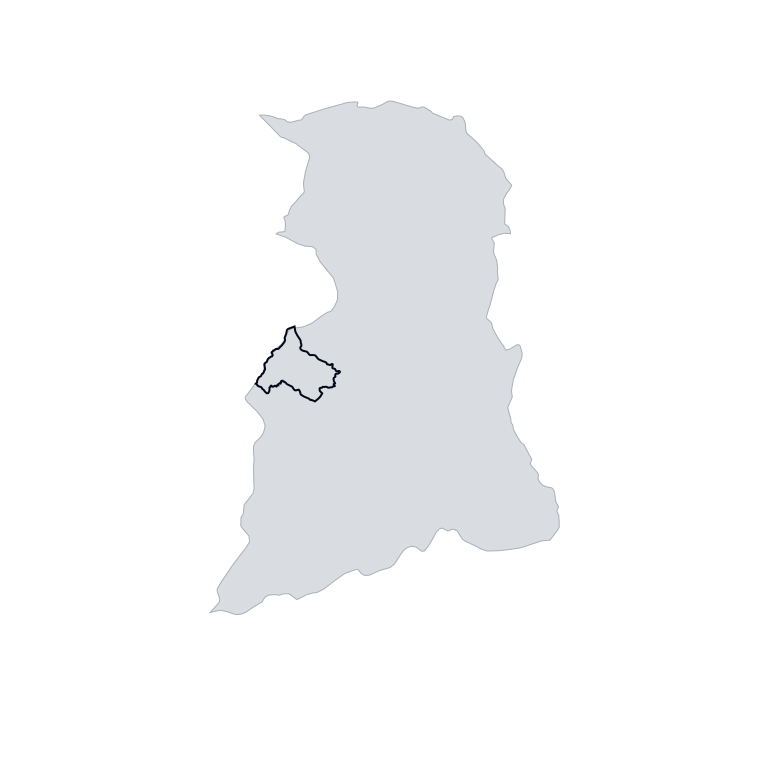 location of Basse-Kotto within Central African Republic, rotated 112°
{"feature_id": "CAF-794", "entity_name": "Basse-Kotto", "entity_type": "Prefecture", "adm_level": 1, "iso_a3": "CAF", "parent_name": "Central African Republic", "parent_adm1": "", "projection": "natural_earth1", "projection_center": [21.411, 4.979], "detail": "fine", "context": "in_parent", "style": "outline", "palette": "ink", "viewbox_px": 768, "rotation_deg": 112, "n_neighbors": 0, "source": "natural_earth", "source_scale": "10m", "svg_char_len": 7488}
<svg xmlns="http://www.w3.org/2000/svg" viewBox="0 0 768 768"><g transform="rotate(112 384 384)"><path d="M517.5,282.1L523.7,284.0L524.9,286.2L523.1,293.5L524.3,298.1L527.9,301.9L531.5,303.6L534.9,304.5L546.9,306.9L551.9,309.6L558.5,318.1L566.7,325.9L568.7,330.0L568.4,333.8L565.9,338.3L566.3,340.2L570.1,344.7L574.5,349.4L582.4,354.6L596.2,362.7L602.5,368.1L604.7,372.2L608.2,376.7L613.1,380.8L616.5,384.0L614.2,392.9L614.9,395.8L616.1,398.4L619.0,401.9L620.2,406.4L623.0,412.0L626.4,414.6L632.1,415.5L635.1,418.1L641.3,422.6L647.4,426.5L650.0,429.2L651.6,431.5L653.0,434.3L653.6,437.1L653.8,443.1L654.9,450.6L658.1,455.7L661.1,459.6L648.8,455.2L647.0,455.1L644.8,455.8L638.4,461.2L636.3,461.9L628.2,460.7L608.6,456.5L593.5,452.4L588.9,450.9L580.8,449.5L575.5,452.3L570.5,461.9L569.1,463.7L561.2,466.6L557.5,465.8L548.4,468.4L534.4,464.5L529.4,465.3L525.4,467.2L515.3,471.6L509.2,474.1L502.1,476.3L495.3,479.8L490.8,481.6L486.3,481.6L482.3,479.7L477.9,478.0L472.7,477.6L467.2,478.6L462.5,482.5L460.6,485.2L456.6,492.4L451.8,504.2L450.0,506.6L448.3,507.8L426.3,501.9L416.8,500.5L410.4,502.4L402.4,499.1L398.9,498.5L397.3,499.5L392.8,498.0L385.6,494.0L378.6,492.3L372.4,492.9L368.6,491.6L365.5,487.7L361.5,480.5L354.4,473.4L344.8,467.7L338.8,463.4L336.5,460.5L331.3,459.0L323.4,458.7L315.8,461.5L304.9,470.3L294.8,488.6L289.1,495.5L284.6,497.3L283.5,501.7L285.7,508.7L286.3,516.7L284.7,530.4L285.3,540.3L282.8,538.7L280.5,534.1L279.4,533.1L272.8,535.2L269.3,537.1L267.4,539.0L266.0,539.2L263.9,536.7L262.2,536.2L259.6,536.7L256.9,536.7L255.2,536.3L254.0,536.6L250.9,535.1L239.4,531.2L237.4,530.0L235.1,530.1L229.2,533.4L226.0,534.4L216.5,536.4L206.3,537.4L202.4,537.5L199.7,539.0L198.0,541.1L194.8,553.6L194.0,555.8L194.1,559.0L193.2,569.1L193.6,572.3L181.4,600.1L179.4,595.5L178.1,590.1L177.6,583.8L177.9,582.2L177.1,580.3L176.1,575.2L177.1,572.0L176.3,568.5L173.9,565.1L171.8,562.6L170.5,560.2L169.5,559.2L167.1,558.9L164.0,557.7L150.5,541.4L136.4,523.0L133.6,517.1L132.4,513.7L135.8,513.3L136.7,512.7L136.8,511.1L134.7,506.4L133.6,500.4L131.9,496.7L126.4,491.1L121.1,486.8L119.5,484.7L118.5,481.5L116.6,461.7L115.7,456.1L114.0,453.6L112.8,452.5L112.4,451.1L112.6,447.6L113.3,444.4L113.3,443.2L114.7,440.4L114.8,422.1L113.1,419.6L109.9,419.6L108.2,416.9L106.9,413.5L107.3,411.1L110.3,407.4L112.4,406.0L118.4,403.0L120.1,401.6L121.1,399.8L121.8,397.3L125.3,387.9L130.5,378.5L132.8,376.6L138.0,362.8L139.3,359.2L140.2,355.7L141.9,352.9L147.6,348.2L151.9,340.0L156.6,340.4L161.3,341.7L167.5,342.4L172.3,340.8L175.4,337.6L190.3,332.1L191.4,327.7L193.7,325.3L196.5,323.3L197.4,323.0L197.6,324.5L199.3,329.1L202.6,333.6L207.6,338.6L209.0,338.3L212.1,334.5L219.9,332.2L221.8,331.1L227.4,325.6L234.0,322.1L237.8,320.8L244.5,317.2L249.3,317.7L256.9,317.1L269.7,315.4L278.9,314.8L283.6,314.1L284.7,313.4L286.6,308.1L287.9,306.6L291.4,304.3L298.2,296.3L302.7,289.6L304.0,287.1L304.9,286.7L306.9,283.9L305.0,280.9L297.4,275.0L297.5,274.1L297.1,273.1L297.5,272.3L300.4,269.9L304.3,267.1L308.5,266.0L319.3,266.3L328.6,265.7L330.7,265.8L338.0,264.4L342.9,263.1L348.0,260.2L359.5,260.5L369.1,253.2L371.8,251.9L373.0,250.7L373.4,249.6L377.9,246.7L382.9,240.7L386.8,235.3L387.9,231.5L398.8,218.5L402.5,218.8L404.4,217.2L408.7,208.6L410.0,207.0L414.5,205.5L416.6,202.9L418.4,199.1L418.4,194.4L417.6,190.6L417.6,188.8L418.6,187.1L420.4,185.4L428.6,180.7L430.7,178.5L431.9,176.5L434.2,176.1L436.7,176.3L438.3,175.1L440.1,172.9L445.8,170.1L451.1,167.9L456.6,168.8L466.7,171.7L469.7,177.8L471.1,180.0L483.6,194.6L486.0,198.0L492.1,208.6L495.9,215.8L500.3,226.0L500.7,231.6L500.1,236.4L499.3,249.9L498.2,253.8L492.7,261.1L492.5,264.4L493.6,267.2L495.3,268.3L496.3,269.6L495.7,276.0L497.7,278.4L501.8,280.1L512.1,281.2L517.5,282.1Z" fill="#d9dde1" stroke="#a8b0b8" stroke-width="1"/><path d="M370.5,494.2L369.5,493.9L368.6,493.3L364.2,488.5L368.2,486.1L369.1,485.3L371.5,482.5L374.6,478.0L375.2,477.5L377.0,476.5L378.6,475.3L379.3,475.0L379.8,474.9L380.7,475.2L381.2,475.2L381.8,475.2L382.4,474.8L383.0,474.2L383.3,473.3L383.5,472.4L383.5,471.6L383.1,468.8L383.0,468.0L383.1,467.3L383.4,466.5L384.4,464.9L384.7,464.2L384.8,463.8L384.8,463.3L384.6,462.7L383.6,460.2L383.4,459.5L383.3,458.9L383.4,458.2L383.6,457.6L384.0,456.9L385.0,455.3L385.4,454.4L385.6,453.5L385.8,449.4L385.6,446.3L385.8,445.6L386.1,445.1L386.8,444.4L387.0,444.2L387.0,443.9L386.7,442.8L386.7,442.4L386.7,441.4L386.7,441.2L386.5,440.9L386.3,440.7L386.1,440.5L385.4,440.2L385.1,440.0L385.0,439.8L384.9,439.6L384.9,439.3L384.9,439.1L385.2,438.9L385.6,438.7L387.8,438.2L388.1,438.0L388.4,437.8L388.6,437.6L388.6,437.2L388.6,436.9L388.4,435.6L388.4,435.3L388.5,435.1L388.6,434.8L389.5,433.8L389.7,433.5L389.9,433.2L389.9,432.8L389.9,432.5L389.8,432.2L389.6,431.9L389.2,431.3L388.9,430.9L388.8,430.5L388.8,430.1L388.9,429.8L389.1,429.5L389.4,429.4L389.6,429.4L390.0,429.5L390.4,429.7L391.0,430.1L391.5,430.4L391.8,430.9L392.4,432.2L392.7,432.5L393.0,432.6L393.7,432.6L394.1,432.5L394.4,432.4L394.6,432.3L394.8,432.0L395.0,431.9L395.6,431.9L396.9,432.7L397.4,432.8L398.1,432.7L398.5,432.5L400.0,431.6L400.4,431.3L401.2,430.1L401.5,429.8L401.7,429.6L401.9,429.6L402.2,429.8L402.7,430.4L403.0,430.6L403.3,430.4L403.6,430.2L403.8,429.8L404.1,429.2L404.4,428.9L404.6,429.1L405.1,430.0L405.5,430.4L406.1,430.7L406.5,431.0L406.9,431.7L407.4,432.8L408.1,433.7L408.2,434.2L408.3,434.6L408.3,435.2L408.2,435.5L408.2,435.8L408.1,436.1L408.2,436.5L409.1,438.2L409.2,438.7L409.6,439.7L410.7,440.2L410.8,440.3L411.5,441.6L411.8,441.9L412.2,442.0L412.6,441.9L413.2,441.7L414.6,440.7L415.8,437.8L419.4,438.3L422.2,439.4L426.0,441.5L425.9,443.9L426.0,445.2L426.0,445.7L426.1,445.9L426.2,446.0L426.3,446.1L426.3,446.4L426.2,447.0L425.8,447.7L425.7,448.2L425.6,453.6L425.1,456.4L424.9,457.2L424.3,457.8L423.1,458.6L421.6,460.1L421.3,460.6L421.4,461.4L422.6,462.8L423.1,463.7L423.1,464.7L422.7,465.6L421.1,467.8L420.9,468.5L420.5,473.7L420.3,474.5L419.7,475.3L419.5,476.5L419.3,476.9L419.2,477.3L419.5,478.1L419.4,478.4L419.1,478.7L418.9,479.1L419.2,479.9L419.8,480.4L420.5,480.4L421.0,480.0L421.3,480.0L421.6,480.5L421.8,480.6L422.4,480.2L422.6,480.5L422.8,481.3L423.7,481.9L424.2,482.0L424.8,481.6L425.0,482.2L425.2,482.5L425.7,483.0L425.8,482.9L426.1,482.7L426.4,482.6L426.6,482.7L426.7,483.0L426.4,483.4L426.3,483.5L426.6,484.6L427.2,485.1L427.9,485.6L428.3,486.4L428.3,486.9L427.7,487.7L427.8,488.1L428.1,488.3L429.3,488.4L429.7,488.6L430.3,488.8L432.7,487.8L434.4,487.7L435.8,488.0L436.5,489.1L435.9,491.1L434.8,492.9L434.4,493.7L434.2,494.7L434.1,495.0L433.2,496.1L433.0,496.5L432.9,497.1L433.1,499.6L433.0,500.0L432.7,500.7L432.4,501.3L432.0,501.6L431.8,502.1L431.8,503.0L430.6,502.5L430.3,502.4L429.8,502.4L429.6,502.5L429.4,502.6L429.0,502.7L428.1,502.9L425.6,502.7L424.6,502.5L423.9,502.0L423.3,501.4L422.5,501.0L422.1,501.0L420.9,501.0L420.4,500.9L420.2,500.8L420.1,500.5L419.9,500.3L419.0,500.0L418.4,499.9L416.9,500.0L415.3,499.8L414.6,499.9L410.5,502.4L410.0,502.1L409.2,502.1L408.7,502.0L408.4,501.8L408.1,501.5L407.7,501.1L407.1,501.0L405.3,501.1L404.5,501.0L403.5,500.7L402.8,500.3L400.7,498.8L400.5,498.5L400.2,498.1L399.8,498.0L399.2,498.0L398.8,498.1L398.5,498.3L398.2,498.6L397.9,498.9L397.7,499.3L397.4,499.7L397.0,500.0L396.5,500.0L396.1,499.8L395.8,499.5L395.4,499.3L394.5,499.3L394.2,499.1L393.9,498.3L393.4,498.0L392.3,497.6L391.9,497.0L391.1,495.3L390.7,494.9L390.0,494.7L385.9,493.0L382.0,492.0L380.3,492.2L379.7,492.5L379.2,493.0L378.6,493.4L377.5,493.5L374.1,493.5L370.5,494.2Z" fill="none" stroke="#020617" stroke-width="2"/></g></svg>